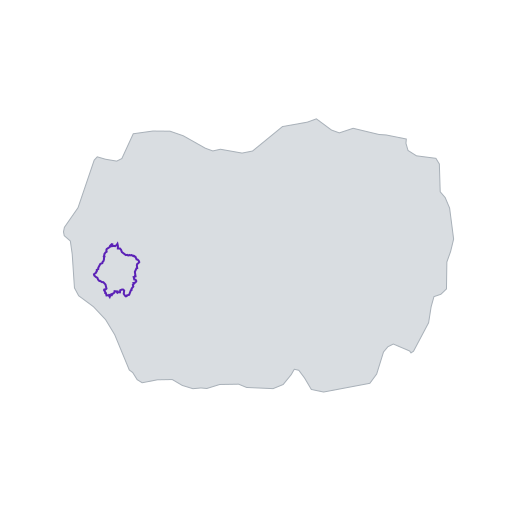 Vinitsa, Vinica, North Macedonia (highlighted), rotated 195°
{"feature_id": "65306769B11231402107621", "entity_name": "Vinitsa", "entity_type": "district", "adm_level": 2, "iso_a3": "MKD", "parent_name": "North Macedonia", "parent_adm1": "Vinica", "projection": "mercator", "projection_center": [22.586, 41.86], "detail": "fine", "context": "in_parent", "style": "outline", "palette": "violet", "viewbox_px": 512, "rotation_deg": 195, "n_neighbors": 0, "source": "geoboundaries", "source_scale": "gbopen_adm2", "svg_char_len": 2578}
<svg xmlns="http://www.w3.org/2000/svg" viewBox="0 0 512 512"><g transform="rotate(195 256 256)"><path d="M231.2,126.6L239.6,127.7L257.8,122.5L269.2,115.3L275.0,114.3L282.6,111.5L293.7,111.9L304.9,115.0L319.2,110.9L333.2,104.1L338.8,105.8L344.9,111.5L348.9,113.1L372.1,143.4L384.8,155.6L399.8,164.9L417.0,171.7L423.1,178.2L434.0,210.2L439.2,222.4L446.5,226.0L448.2,229.5L448.5,234.1L440.4,256.6L437.1,306.7L435.0,310.7L426.5,310.5L415.1,311.6L410.8,315.4L406.2,342.3L388.0,350.0L371.4,354.3L357.4,353.3L332.9,347.0L324.9,346.3L318.0,349.9L296.1,351.8L286.5,356.5L263.9,387.9L241.0,398.6L233.2,404.1L215.7,397.2L207.4,396.5L195.2,404.5L168.7,405.2L161.6,406.6L141.1,407.9L140.3,403.6L136.5,397.3L127.0,394.3L107.5,396.9L102.7,392.3L94.7,365.7L88.4,361.4L81.4,352.4L69.5,323.5L69.2,310.7L70.1,299.6L63.5,273.5L67.5,266.9L73.6,262.8L73.7,252.3L72.0,236.2L79.2,204.8L81.2,202.5L83.0,204.0L100.6,206.5L105.1,202.5L108.0,196.3L108.9,173.2L113.1,162.5L155.5,142.1L168.0,141.4L177.5,150.7L185.1,156.7L189.7,156.5L191.3,150.5L196.5,138.9L205.2,132.3L231.0,126.6L231.2,126.6Z" fill="#d9dde1" stroke="#a8b0b8" stroke-width="1"/><path d="M402.0,213.8L402.0,211.7L402.6,210.7L402.6,209.3L404.3,208.1L405.3,203.8L405.0,202.5L406.2,201.4L405.8,200.3L406.2,199.7L406.1,198.6L407.8,196.4L407.2,195.3L405.3,194.3L403.6,193.9L402.4,192.3L400.8,191.3L400.2,191.6L398.0,190.9L396.7,191.2L394.0,189.5L392.0,185.8L392.7,184.7L393.8,184.5L394.0,183.8L392.1,181.9L392.1,181.3L391.4,181.3L390.2,179.2L388.2,180.0L386.7,178.6L386.6,179.6L387.1,180.5L385.2,180.7L385.0,181.4L385.6,181.8L384.0,183.0L383.3,184.1L383.5,185.4L380.8,185.9L380.9,185.0L380.4,184.6L379.9,185.3L378.0,185.7L378.3,187.8L376.8,188.9L375.6,189.2L374.4,188.5L374.0,185.3L372.2,183.7L371.2,183.3L370.5,183.9L370.5,184.5L368.5,185.7L368.0,190.5L367.4,190.9L367.7,192.4L366.6,194.7L367.5,196.3L366.7,197.7L367.3,198.2L365.8,199.1L365.1,200.4L365.3,201.1L366.2,201.9L367.5,201.8L368.7,204.0L367.9,204.3L367.8,205.3L367.2,205.4L368.9,209.3L368.3,213.1L367.6,213.5L368.7,216.2L368.7,217.5L367.8,218.6L367.2,219.9L368.1,221.1L369.5,221.9L370.5,221.8L372.3,224.1L373.2,224.0L373.7,224.5L374.4,224.2L375.0,224.6L375.5,224.3L376.5,224.7L377.8,224.0L378.6,224.2L379.6,223.4L380.6,223.8L382.0,223.2L386.6,225.1L387.9,227.0L389.3,228.0L391.4,227.5L391.9,229.8L393.0,231.9L393.5,230.4L394.7,229.0L395.5,229.1L397.7,228.2L397.8,230.1L398.4,230.1L399.6,228.0L399.6,226.8L402.0,224.1L402.1,223.0L401.4,221.5L402.3,220.5L403.0,218.5L402.7,217.8L402.9,216.3L402.2,216.1L402.4,214.7L402.0,213.8Z" fill="none" stroke="#5b21b6" stroke-width="2"/></g></svg>